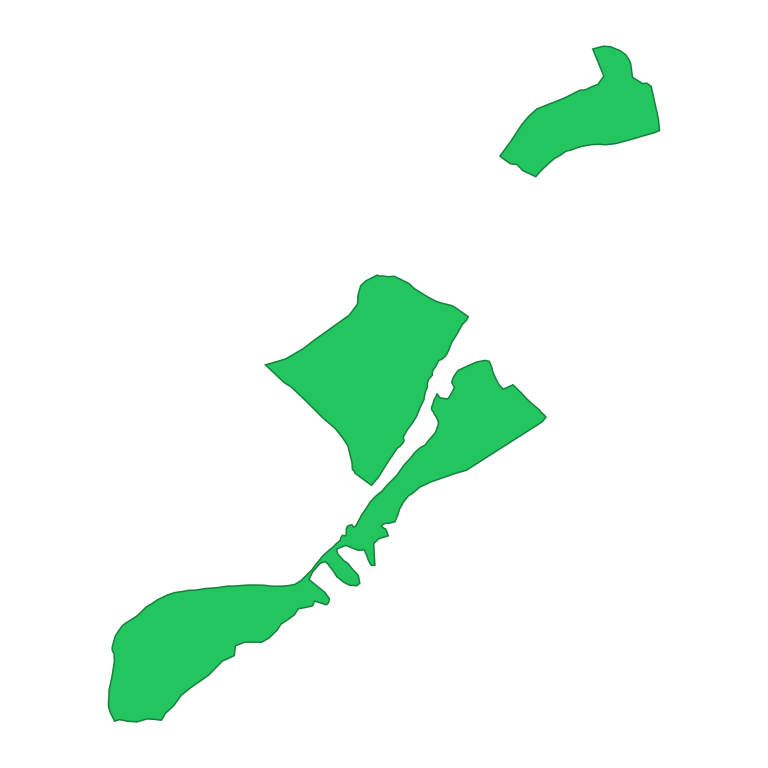 Luxor, Qina, Egypt (Robinson projection)
{"feature_id": "37247803B46466496002040", "entity_name": "Luxor", "entity_type": "district", "adm_level": 2, "iso_a3": "EGY", "parent_name": "Egypt", "parent_adm1": "Qina", "projection": "robinson", "projection_center": [32.598, 25.683], "detail": "fine", "context": "isolated", "style": "filled", "palette": "green", "viewbox_px": 768, "rotation_deg": 0, "n_neighbors": 0, "source": "geoboundaries", "source_scale": "gbopen_adm2", "svg_char_len": 4557}
<svg xmlns="http://www.w3.org/2000/svg" viewBox="0 0 768 768"><path d="M161.5,720.1L161.7,719.8L165.2,713.6L173.9,705.5L181.3,695.2L190.4,687.9L208.7,675.1L222.3,661.1L234.3,655.6L235.4,645.9L244.6,642.2L252.6,642.2L261.7,642.2L269.2,637.9L277.2,630.0L281.1,624.0L286.9,620.3L294.3,614.9L298.3,608.8L306.4,607.3L312.7,605.8L314.1,602.3L314.6,601.1L324.1,604.0L326.6,604.8L328.6,602.4L329.5,598.9L324.9,592.4L309.0,579.5L312.2,572.9L313.0,571.5L313.9,570.5L320.4,563.1L321.9,562.7L322.5,562.5L325.3,561.6L327.6,563.7L333.4,571.3L336.9,576.8L343.6,582.1L349.1,585.1L353.9,585.5L356.7,585.8L359.8,583.3L358.3,575.4L351.4,567.9L348.0,563.5L343.5,560.4L337.8,554.0L336.5,549.5L338.6,548.2L343.8,546.2L345.9,545.4L355.8,549.4L358.0,550.3L364.4,549.9L365.6,553.3L366.8,555.5L368.2,559.9L370.5,564.3L371.7,565.4L374.9,565.2L374.4,557.2L373.7,543.6L378.8,538.7L388.3,535.8L385.8,529.1L383.6,528.1L381.3,526.0L383.3,524.4L384.4,523.5L388.7,523.3L395.0,521.7L397.9,514.7L399.7,508.8L403.6,501.8L407.6,496.9L408.6,495.7L412.8,493.2L420.0,487.0L431.5,481.7L455.7,473.3L466.3,470.3L491.6,454.1L542.0,422.0L546.0,417.2L544.3,415.1L540.1,411.4L540.1,410.5L535.8,406.9L532.4,404.1L527.5,399.5L526.5,398.6L523.2,395.0L521.5,393.1L520.6,392.3L513.0,384.8L503.2,389.2L499.0,384.6L496.6,380.2L493.0,372.4L491.6,366.8L489.2,361.3L484.8,360.4L476.3,362.1L473.2,363.5L458.5,370.1L456.5,372.5L453.2,377.5L453.0,378.6L451.7,382.0L452.1,383.2L453.2,385.2L454.4,387.4L452.3,391.6L450.1,395.5L448.8,397.8L447.3,398.9L445.1,398.6L440.0,397.9L437.2,394.0L437.0,393.9L436.4,395.7L434.0,400.1L434.0,400.3L433.9,400.6L432.7,404.5L431.7,406.9L431.5,409.4L433.1,411.5L434.7,414.8L436.2,416.9L436.3,416.9L438.3,421.3L438.3,424.3L436.9,428.5L435.5,432.3L432.2,436.3L428.0,441.1L424.8,445.3L420.4,447.5L417.9,449.6L414.3,453.1L409.7,459.0L404.4,464.5L400.4,470.2L396.6,475.5L387.1,485.2L382.0,491.1L376.3,495.6L370.2,501.9L366.6,507.8L363.0,513.0L361.6,515.0L357.1,523.5L355.5,526.4L353.4,527.0L351.9,524.8L348.3,525.6L346.4,528.1L346.2,531.3L346.2,534.7L345.0,535.9L342.5,535.3L340.9,537.6L340.2,540.4L336.6,543.3L333.8,546.3L328.8,550.5L325.1,553.6L321.7,557.0L320.1,559.3L319.3,560.2L318.4,561.4L316.1,564.0L313.7,567.2L311.9,569.9L310.1,571.6L309.0,572.6L307.9,573.8L306.9,574.7L305.7,576.0L303.7,578.0L301.3,580.4L294.9,584.4L288.9,585.5L282.6,586.1L275.7,586.2L269.6,586.0L264.1,585.2L255.5,585.0L248.3,585.0L248.2,585.0L233.2,586.1L227.6,586.1L220.1,587.2L214.7,587.9L205.7,588.5L200.3,589.4L194.8,590.2L194.7,590.2L188.9,590.3L181.6,591.6L174.7,592.6L171.0,593.8L167.9,594.8L157.8,599.6L151.8,603.7L146.1,607.0L141.3,611.9L136.5,616.3L136.0,616.6L126.0,622.9L122.4,625.6L122.2,625.8L122.0,626.1L117.7,632.2L115.3,636.0L112.2,646.9L112.2,650.3L114.2,654.3L114.4,661.2L113.4,667.9L111.9,677.2L109.9,686.2L109.0,690.2L109.0,694.3L108.5,702.2L108.5,706.8L110.5,713.0L113.8,719.5L114.5,721.2L119.5,719.6L128.2,721.3L136.8,721.9L147.3,718.9L156.0,719.5L158.3,719.9L161.5,720.1ZM371.4,485.3L373.5,483.0L378.8,476.8L382.8,470.1L386.9,463.7L389.5,459.4L392.1,456.1L394.9,451.6L397.4,448.1L400.0,446.3L402.2,443.8L404.1,441.1L403.3,437.0L407.3,429.9L412.1,423.5L416.2,417.1L418.7,411.2L419.1,410.1L420.6,406.4L423.9,399.8L425.1,392.8L427.3,387.3L427.5,383.2L427.9,381.3L429.0,379.0L432.5,375.1L432.4,371.2L435.2,367.3L438.7,360.6L441.8,359.3L445.7,355.9L448.4,351.1L450.6,345.2L451.4,343.3L451.7,342.3L455.6,336.4L458.6,331.2L462.5,324.2L466.5,320.3L468.3,316.7L454.8,307.2L451.8,305.6L440.9,302.9L435.4,301.0L427.7,296.9L414.3,288.6L408.7,283.3L394.3,276.3L387.9,276.7L382.5,275.9L379.3,276.1L377.2,275.1L365.8,280.9L360.7,285.7L358.0,295.0L357.8,298.9L357.4,304.2L349.4,315.0L335.7,324.8L331.9,327.5L314.3,340.1L303.0,348.8L285.3,359.1L265.4,364.9L284.3,382.7L291.0,386.8L304.5,399.6L322.7,417.8L335.1,428.4L342.0,437.0L347.9,445.8L352.0,462.6L352.2,466.0L352.4,469.4L354.6,471.5L354.7,472.7L355.5,473.6L371.4,485.3ZM535.8,176.7L539.1,172.7L540.0,171.7L542.4,169.3L543.4,168.4L547.8,164.2L554.7,158.3L561.0,154.8L565.8,151.3L572.7,149.5L579.3,147.0L589.8,144.8L599.2,144.2L605.2,144.8L611.7,144.1L616.3,143.5L621.1,142.1L630.1,139.8L639.9,136.8L654.5,132.7L658.4,130.9L659.5,130.7L658.4,119.0L655.8,107.3L651.2,86.4L646.8,83.2L642.5,83.5L632.5,77.3L630.7,63.7L629.4,60.4L625.9,54.9L620.3,50.7L610.4,46.8L603.9,46.1L592.7,49.0L603.8,76.1L597.8,84.5L593.6,85.9L585.2,89.9L579.9,90.2L564.2,98.1L550.5,103.5L536.8,109.0L528.7,116.3L521.6,124.8L510.7,141.4L500.0,156.0L501.6,157.6L506.1,160.7L510.5,163.8L517.0,164.5L522.7,170.5L535.8,176.7Z" fill="#22c55e" stroke="#15803d" stroke-width="1.5"/></svg>